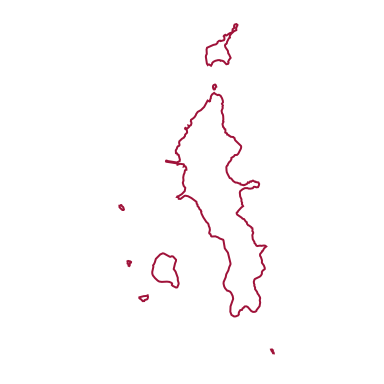 Ko Si Chang, Thailand, rotated 177°
{"feature_id": "78962969B51013887966956", "entity_name": "Ko Si Chang", "entity_type": "district", "adm_level": 2, "iso_a3": "THA", "parent_name": "Thailand", "parent_adm1": "", "projection": "orthographic", "projection_center": [100.809, 13.149], "detail": "fine", "context": "isolated", "style": "outline", "palette": "rose", "viewbox_px": 384, "rotation_deg": 177, "n_neighbors": 0, "source": "geoboundaries", "source_scale": "gbopen_adm2", "svg_char_len": 6097}
<svg xmlns="http://www.w3.org/2000/svg" viewBox="0 0 384 384"><g transform="rotate(177 192 192)"><path d="M160.0,70.4L159.0,67.2L156.5,65.5L154.8,65.5L152.3,66.4L151.6,67.4L151.7,68.4L151.4,69.5L150.0,71.5L148.2,71.7L147.6,73.1L146.2,73.9L145.8,74.6L145.1,75.0L143.5,74.9L142.3,74.2L139.0,70.0L137.4,69.1L136.3,69.0L134.9,69.2L134.0,69.8L133.7,70.7L130.5,74.4L129.7,78.0L130.0,80.4L129.5,82.3L129.6,83.2L130.9,85.9L131.8,87.1L132.3,88.9L134.1,91.7L134.0,93.4L134.7,95.0L134.5,96.3L134.9,97.4L135.0,99.1L134.2,101.3L133.6,101.9L128.8,103.9L127.4,105.1L126.5,106.6L126.4,108.4L125.6,109.7L123.4,111.2L123.3,112.3L124.1,114.9L125.9,117.7L125.7,120.1L126.6,123.4L127.2,124.3L127.4,125.6L127.1,126.7L125.4,128.4L125.3,129.1L124.4,129.5L122.9,132.0L120.7,133.7L121.6,134.5L122.9,134.8L125.7,134.6L126.8,134.9L129.7,134.6L130.6,135.2L131.4,136.8L132.3,137.8L132.3,138.8L133.8,141.7L134.0,145.8L133.0,147.9L133.1,148.7L133.8,149.9L133.5,151.3L133.6,152.7L134.5,153.2L134.6,153.8L137.2,155.8L137.7,155.9L138.7,157.4L138.9,159.0L139.8,159.6L141.4,162.2L142.9,162.7L143.8,163.8L148.0,167.0L148.5,168.0L148.4,169.1L147.4,169.7L147.0,170.5L143.6,173.9L141.7,175.2L142.8,177.3L142.5,178.6L143.1,180.1L143.0,182.2L144.1,185.0L144.3,188.8L143.9,190.2L141.5,192.0L139.0,193.1L136.5,193.0L135.1,192.4L133.5,192.3L131.2,192.6L130.0,193.9L129.0,193.9L127.4,193.3L125.8,193.4L124.9,195.0L124.5,196.5L125.2,198.1L127.4,198.5L127.9,199.0L128.4,198.8L130.5,200.2L130.9,199.9L132.3,199.6L132.5,199.2L133.3,199.5L134.7,198.2L135.6,198.7L136.6,197.3L139.1,196.2L139.6,196.4L140.1,196.1L143.2,197.0L143.4,198.0L144.6,198.1L146.5,199.0L148.2,199.2L150.2,200.7L152.1,203.4L153.6,204.0L155.3,207.7L156.2,209.9L156.4,211.7L156.4,215.1L155.7,216.4L155.1,216.7L154.6,218.0L153.3,219.9L152.2,220.7L151.0,222.5L150.9,224.0L148.3,225.4L147.4,226.6L145.1,226.7L143.8,227.8L140.9,232.8L140.5,234.4L140.7,235.5L145.8,241.0L146.4,241.9L146.7,243.6L147.6,244.2L147.8,244.7L150.6,245.2L150.9,245.7L151.9,246.1L152.4,247.0L153.9,247.5L153.9,248.6L155.7,249.7L155.4,251.3L155.5,252.9L156.3,253.3L156.9,254.8L157.5,255.3L158.0,258.3L156.9,260.4L156.9,260.8L157.3,261.2L156.9,262.8L156.9,266.3L157.2,268.0L157.8,268.9L158.2,271.5L156.9,274.3L157.1,275.5L156.6,276.7L157.5,278.5L156.4,279.9L156.4,281.4L157.1,284.0L158.4,286.6L160.1,287.7L161.3,287.4L163.6,288.7L164.7,289.8L166.8,288.4L167.9,286.8L168.2,286.0L168.3,284.6L169.0,283.5L169.2,281.8L169.9,281.5L171.6,282.5L175.4,276.3L178.8,273.3L182.1,271.7L183.7,269.7L184.2,268.5L185.4,266.8L186.8,265.6L189.2,264.1L189.5,262.6L189.0,261.7L189.0,260.3L189.7,258.7L190.9,258.1L192.1,258.5L191.7,257.0L193.6,255.5L195.2,256.4L195.6,256.0L195.4,255.2L194.2,254.6L193.8,253.2L193.8,251.5L195.8,249.7L196.2,248.0L196.8,247.6L197.0,246.9L199.2,245.7L202.0,243.3L202.3,241.9L202.0,239.6L202.3,239.0L203.0,238.5L203.7,238.4L204.4,237.5L204.9,236.0L206.0,234.5L206.0,231.7L205.3,231.7L204.6,230.9L204.6,230.2L203.4,229.7L202.4,225.0L202.7,223.5L205.7,222.3L214.7,224.2L215.6,224.7L216.2,224.6L216.4,224.0L216.2,223.6L205.2,221.3L204.9,221.2L205.2,220.5L205.1,220.0L202.6,220.8L198.9,220.1L198.5,219.3L198.9,217.9L197.8,218.2L197.1,217.8L196.5,216.3L196.4,214.5L197.6,214.2L197.9,213.9L198.5,211.4L199.4,209.6L200.0,207.0L199.9,203.9L200.7,201.6L200.0,198.6L198.5,196.5L199.2,193.3L202.3,190.4L205.7,188.5L206.8,188.4L207.2,187.8L206.5,187.7L205.8,187.1L205.6,185.9L203.8,185.7L199.7,188.5L198.5,188.6L196.2,188.0L192.9,186.0L188.1,182.0L187.9,180.0L187.2,179.2L187.2,177.7L186.0,176.3L185.3,174.3L184.4,173.7L183.7,172.1L184.0,171.7L183.6,169.8L182.0,166.1L179.2,161.3L178.1,160.3L177.3,159.1L176.9,156.8L176.3,155.5L176.1,153.2L177.0,150.2L176.7,149.5L175.8,148.9L175.1,146.8L174.5,146.5L171.0,146.5L168.3,145.3L166.9,144.2L163.4,142.7L163.1,142.0L162.2,134.0L159.3,129.5L157.3,118.8L157.4,117.6L158.8,114.9L159.8,111.8L162.1,108.0L162.8,105.1L165.1,100.5L165.3,98.8L164.8,96.0L163.9,94.0L162.0,91.6L160.9,91.4L159.1,90.4L158.1,89.0L156.8,85.9L156.5,83.1L159.5,75.8L160.0,70.4ZM221.8,103.8L219.3,103.4L217.7,102.6L216.8,101.9L216.6,101.3L217.0,100.2L216.2,99.3L212.9,97.4L211.7,97.6L210.3,100.5L210.1,101.6L210.8,104.7L210.7,107.1L212.6,113.4L214.3,116.0L212.7,121.5L211.6,124.0L211.5,125.2L214.2,128.5L215.4,128.9L217.2,128.4L217.7,128.6L223.0,131.9L224.3,132.3L227.0,131.3L231.6,127.1L232.8,123.7L233.8,121.8L234.7,120.8L234.5,119.3L235.9,114.2L235.9,112.4L235.4,110.7L233.4,107.9L230.9,105.3L229.4,104.3L226.9,103.8L221.8,103.8ZM168.3,318.5L166.4,317.1L165.3,318.8L165.0,319.8L163.8,320.9L161.8,321.8L159.2,322.3L157.2,322.2L156.7,321.5L155.5,321.7L153.6,320.9L151.0,317.8L149.4,318.0L149.1,318.3L148.7,319.2L149.1,320.1L148.1,322.0L146.4,323.9L147.8,327.5L148.5,328.4L148.8,331.1L151.1,334.9L151.4,336.8L150.8,337.8L150.1,338.0L149.5,338.7L149.1,340.2L147.1,343.6L146.0,344.2L146.2,345.1L146.0,346.1L144.6,347.9L141.6,350.4L139.3,351.3L139.3,353.7L138.9,354.1L138.9,354.8L138.0,355.7L137.9,356.6L139.0,357.4L140.7,356.9L141.3,355.6L141.3,353.6L142.9,352.4L143.3,349.8L144.2,348.8L145.2,348.9L146.4,348.4L149.4,346.5L150.1,346.6L150.6,347.2L151.8,346.5L152.2,345.9L151.6,344.8L151.6,342.9L152.2,341.9L155.5,341.2L156.0,341.7L157.1,341.5L158.6,340.4L158.8,339.5L159.3,339.0L160.4,338.2L162.9,337.8L169.4,335.3L170.0,333.6L170.0,329.1L170.8,327.7L171.1,326.3L170.4,319.4L169.6,318.0L169.0,318.5L168.3,318.5ZM246.9,85.6L245.4,85.6L245.0,86.5L242.5,87.2L241.9,87.8L241.4,89.5L241.7,91.1L243.0,90.6L245.7,90.5L250.1,89.6L250.2,88.9L249.5,88.1L248.7,87.7L246.9,85.6ZM265.2,182.1L265.2,180.6L264.2,179.4L262.5,177.7L261.3,177.6L260.9,178.1L261.4,180.2L261.7,180.7L262.8,181.7L263.2,182.6L263.9,182.6L264.3,182.1L265.2,182.1ZM165.3,294.0L164.6,293.2L163.8,293.4L163.0,295.4L162.2,295.8L162.7,297.5L163.4,298.1L164.8,297.6L165.4,296.8L165.6,295.8L165.3,294.0ZM259.4,126.5L260.1,126.2L259.9,125.3L260.1,123.9L259.3,123.2L259.2,121.6L258.6,121.3L258.1,121.8L257.8,124.2L256.6,124.7L256.5,125.3L257.2,125.9L259.4,126.5ZM120.8,29.1L120.2,28.4L119.5,26.7L118.8,26.6L118.9,27.5L119.9,28.6L119.6,29.4L120.1,29.4L120.1,30.1L120.4,30.6L121.3,30.5L120.8,29.1Z" fill="none" stroke="#9f1239" stroke-width="2"/></g></svg>